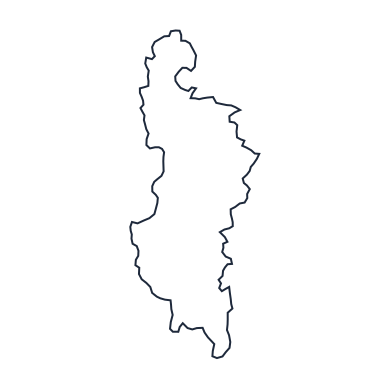 outline of Itaú de Minas, Minas Gerais, Brazil, rotated 21°
{"feature_id": "56859067B38132611717867", "entity_name": "Itaú de Minas", "entity_type": "district", "adm_level": 2, "iso_a3": "BRA", "parent_name": "Brazil", "parent_adm1": "Minas Gerais", "projection": "robinson", "projection_center": [-46.774, -20.734], "detail": "fine", "context": "isolated", "style": "outline", "palette": "slate", "viewbox_px": 384, "rotation_deg": 21, "n_neighbors": 0, "source": "geoboundaries", "source_scale": "gbopen_adm2", "svg_char_len": 2497}
<svg xmlns="http://www.w3.org/2000/svg" viewBox="0 0 384 384"><g transform="rotate(21 192 192)"><path d="M107.9,118.2L110.9,121.2L113.6,124.3L115.4,127.9L113.8,132.1L116.8,134.7L120.2,137.5L121.3,142.1L123.9,145.6L126.8,149.7L130.5,153.0L130.7,158.9L132.6,164.5L137.1,166.4L141.6,163.4L145.0,162.1L148.6,162.5L151.7,164.9L152.8,169.5L154.2,173.6L156.3,178.6L158.1,182.9L157.7,187.9L155.0,192.5L153.1,196.0L152.8,200.8L154.8,205.8L159.2,207.6L162.2,209.7L163.6,214.7L164.2,220.2L164.8,226.1L161.6,231.7L157.3,235.8L152.4,240.8L146.7,241.5L146.9,246.7L148.7,250.2L151.0,253.2L152.2,257.2L155.1,261.6L159.8,262.3L163.1,266.1L164.7,270.9L163.9,275.4L165.4,280.6L169.9,281.6L171.9,287.6L176.3,291.5L182.1,293.3L187.1,295.6L191.0,300.5L196.7,302.3L200.4,302.6L205.3,302.2L210.8,300.8L212.8,304.7L214.7,308.8L218.0,313.7L218.8,321.0L220.5,327.6L224.2,329.3L229.3,327.4L228.9,322.4L230.4,317.8L236.6,320.6L241.5,320.2L245.3,317.3L250.6,315.0L254.1,318.7L259.0,322.0L263.8,324.3L267.3,326.0L268.4,333.0L269.9,338.0L274.8,338.1L279.4,334.6L280.9,329.4L282.9,324.1L281.5,318.3L277.9,312.4L274.1,308.3L272.7,303.0L271.1,298.4L268.6,291.9L271.5,286.3L268.8,282.6L266.6,278.2L263.6,272.8L260.7,267.3L258.1,270.4L255.4,273.9L251.8,271.9L251.8,266.9L248.3,264.4L250.6,259.4L249.2,254.4L249.8,250.6L251.1,246.7L255.1,244.8L252.2,240.4L246.6,240.2L241.7,237.2L241.3,232.8L239.6,229.1L242.9,225.8L238.8,222.3L232.4,219.5L235.7,215.4L239.8,212.5L242.3,209.3L240.8,205.6L238.8,202.5L236.2,198.9L234.3,194.3L237.6,190.6L240.7,185.6L244.9,183.0L245.8,177.9L244.2,174.1L244.9,168.6L240.9,166.2L237.2,165.0L234.5,161.2L237.0,156.2L238.3,151.7L237.9,147.5L239.4,143.4L240.7,137.7L241.1,132.3L236.8,133.6L232.3,131.8L226.9,131.0L222.3,130.8L222.5,125.3L218.7,125.4L214.5,124.9L211.9,119.6L210.3,113.4L206.7,111.9L202.0,112.9L199.7,107.9L203.3,102.4L207.6,98.2L202.3,97.3L197.6,97.1L193.3,98.4L188.5,99.2L182.7,100.1L177.6,95.8L172.4,98.4L168.6,100.6L165.4,102.8L161.4,103.4L157.1,104.9L157.1,99.7L158.6,93.8L154.3,94.5L152.4,99.0L149.0,99.2L144.1,98.9L140.1,96.6L136.8,94.2L134.9,90.1L136.5,84.5L138.5,79.5L142.4,78.1L147.7,79.3L149.8,74.1L148.2,69.0L146.9,63.1L142.4,59.0L139.3,56.4L136.7,54.0L131.7,53.2L127.7,54.6L125.6,49.2L122.6,45.9L118.8,47.1L114.7,49.5L114.7,54.6L110.3,56.6L106.4,61.6L103.4,65.3L102.8,71.0L105.4,75.5L108.6,78.5L107.0,82.3L101.1,82.9L102.3,88.8L105.0,91.7L108.1,94.2L109.4,100.1L111.7,104.2L113.2,108.6L109.7,111.4L106.2,113.9L107.9,118.2Z" fill="none" stroke="#1e293b" stroke-width="2"/></g></svg>